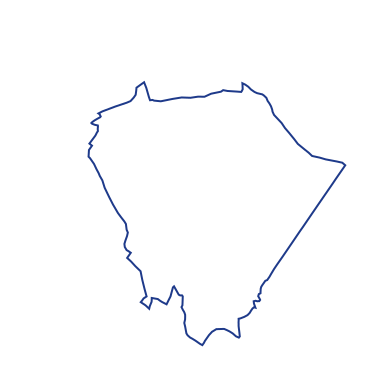 Baquba, Diyala, Iraq (Natural Earth projection), rotated 305°
{"feature_id": "34846034B22760566253423", "entity_name": "Baquba", "entity_type": "district", "adm_level": 2, "iso_a3": "IRQ", "parent_name": "Iraq", "parent_adm1": "Diyala", "projection": "natural_earth1", "projection_center": [44.628, 33.645], "detail": "fine", "context": "isolated", "style": "outline", "palette": "blue", "viewbox_px": 384, "rotation_deg": 305, "n_neighbors": 0, "source": "geoboundaries", "source_scale": "gbopen_adm2", "svg_char_len": 2861}
<svg xmlns="http://www.w3.org/2000/svg" viewBox="0 0 384 384"><g transform="rotate(305 192 192)"><path d="M98.1,296.6L98.4,297.3L98.5,298.1L98.8,299.4L99.3,302.5L99.4,304.2L99.5,306.5L99.0,310.8L99.6,313.9L101.1,314.0L102.0,313.2L104.3,311.2L107.3,308.5L108.2,307.7L109.0,307.0L110.6,305.9L111.9,304.9L113.4,304.0L114.9,302.9L116.3,304.2L117.7,305.1L119.6,306.4L123.0,308.1L126.0,308.6L129.0,308.4L131.3,308.4L133.1,308.9L133.6,310.3L134.1,309.6L136.2,306.7L137.9,305.2L139.4,306.5L139.9,308.1L140.6,308.9L141.2,309.7L142.7,309.7L143.2,308.9L144.0,307.3L144.6,306.0L146.7,305.3L148.3,306.2L152.1,303.8L154.1,303.1L156.3,303.0L160.7,303.0L161.3,303.0L163.0,304.1L167.0,304.1L170.3,303.8L175.9,303.4L181.6,303.3L190.2,303.3L199.8,303.2L207.5,303.1L214.7,303.0L221.5,302.9L227.8,302.9L243.8,302.7L253.7,302.6L266.0,302.5L279.3,302.4L284.9,302.3L301.8,302.2L302.2,298.3L300.0,293.0L295.4,282.8L293.4,276.9L290.4,269.7L291.1,265.1L291.4,260.4L292.1,251.1L293.9,245.5L296.2,237.4L297.7,231.5L299.9,225.9L302.2,215.0L304.0,211.9L305.5,210.4L307.5,207.6L309.0,204.5L310.0,201.7L311.8,198.9L312.3,195.5L312.3,193.6L310.3,188.6L309.8,185.8L309.8,181.5L310.5,177.7L310.5,174.0L310.1,171.5L310.0,170.9L308.0,172.5L305.2,174.6L303.2,174.9L302.2,174.9L300.2,171.5L295.1,163.1L293.3,159.1L290.8,158.2L283.5,151.3L277.2,147.6L273.6,142.3L268.3,136.7L263.5,129.3L257.2,122.8L248.4,114.4L245.1,108.5L244.9,107.5L244.8,106.9L243.1,105.0L245.1,102.2L251.1,94.8L254.4,89.8L251.9,88.9L245.6,86.7L242.8,88.3L239.3,90.1L236.0,90.1L235.0,90.0L231.2,89.5L227.7,87.3L218.1,80.2L206.7,72.4L202.7,70.3L202.7,71.8L202.1,72.8L201.5,73.9L200.6,73.9L197.8,72.5L194.7,71.1L192.1,70.2L190.8,70.0L190.6,71.1L191.3,73.9L192.5,76.7L191.7,77.4L189.6,78.6L187.9,80.0L186.2,80.0L182.8,80.5L172.8,80.2L172.6,83.5L170.5,83.5L167.3,83.5L163.9,85.6L161.6,87.0L161.2,89.1L159.9,92.6L158.8,95.6L155.9,100.7L153.9,104.7L152.3,107.2L150.1,111.9L145.4,118.0L145.0,118.7L140.2,127.3L136.4,134.5L132.3,143.4L130.6,148.5L129.1,153.4L127.9,156.2L123.6,160.1L122.0,162.7L118.5,164.1L114.1,165.3L110.7,166.4L108.4,168.5L106.9,171.8L107.1,173.9L107.1,176.7L106.1,176.7L100.8,176.7L100.1,182.0L98.7,188.3L97.6,195.3L91.4,201.8L85.3,208.8L80.4,214.7L77.1,213.4L74.3,213.4L72.4,213.2L72.4,214.8L72.5,217.7L72.5,219.1L71.8,223.9L74.3,222.9L76.5,222.4L78.8,221.9L80.5,220.9L82.1,219.8L84.7,225.4L84.6,227.9L84.7,230.4L85.4,235.6L87.3,235.3L89.8,234.9L94.1,234.3L102.9,231.1L104.4,231.4L100.3,240.0L100.5,241.6L101.6,243.1L101.2,244.3L98.9,245.8L95.5,248.0L93.6,249.2L91.7,249.4L90.8,251.1L90.4,251.7L89.3,254.2L88.9,254.9L87.5,256.8L86.1,257.8L83.7,259.4L80.3,260.8L77.9,263.5L72.9,268.6L72.5,269.7L72.1,270.5L71.7,273.9L72.0,276.5L72.2,280.1L72.2,282.7L72.2,285.7L72.5,288.3L75.4,288.3L77.3,288.0L81.3,288.0L84.5,288.0L89.1,288.6L89.9,289.0L93.6,290.6L98.1,296.6Z" fill="none" stroke="#1e3a8a" stroke-width="2"/></g></svg>